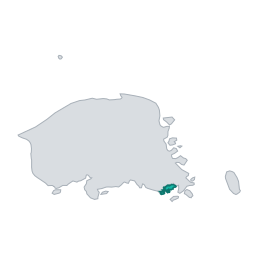 Muan-gun, South Jeolla, South Korea shown in context, rotated 268°
{"feature_id": "91817680B20286966250971", "entity_name": "Muan-gun", "entity_type": "district", "adm_level": 2, "iso_a3": "KOR", "parent_name": "South Korea", "parent_adm1": "South Jeolla", "projection": "equal_earth", "projection_center": [126.385, 34.959], "detail": "fine", "context": "in_parent", "style": "filled", "palette": "teal", "viewbox_px": 256, "rotation_deg": 268, "n_neighbors": 0, "source": "geoboundaries", "source_scale": "gbopen_adm2", "svg_char_len": 5322}
<svg xmlns="http://www.w3.org/2000/svg" viewBox="0 0 256 256"><g transform="rotate(268 128 128)"><path d="M72.2,51.5L73.1,50.8L73.2,49.7L73.2,46.1L75.9,43.6L79.6,38.5L81.5,35.8L83.6,33.2L86.0,31.4L88.4,30.6L92.2,30.3L99.4,30.6L100.8,30.3L105.8,30.0L107.0,30.5L110.7,30.8L114.7,30.5L116.8,29.7L118.6,28.4L120.3,26.1L121.9,21.9L123.7,18.5L124.8,17.9L132.3,35.7L139.5,47.3L145.7,55.7L154.5,71.9L157.1,80.6L157.5,85.9L159.0,93.3L157.8,97.6L158.3,104.3L157.8,107.8L156.7,110.3L156.8,115.2L157.1,117.8L157.2,121.3L157.9,122.6L158.9,123.1L160.5,121.9L162.4,121.3L162.1,125.5L159.9,136.1L158.0,143.8L155.3,150.5L151.8,156.7L147.6,159.1L144.7,160.0L139.0,160.3L134.2,159.2L130.2,160.0L128.6,161.3L127.4,163.5L128.3,166.9L128.2,169.4L126.5,169.2L123.0,167.8L119.2,167.6L117.4,166.8L115.6,163.2L113.7,163.4L110.6,165.5L105.7,166.0L104.0,167.1L103.4,168.6L104.1,170.5L106.6,173.0L105.8,175.5L103.2,176.8L101.1,173.7L99.8,170.7L98.4,170.5L96.1,171.4L95.7,174.6L96.7,176.9L98.5,179.5L96.1,182.4L95.4,184.6L93.7,186.1L89.0,182.7L89.7,180.3L91.7,178.0L92.0,175.6L91.3,174.1L84.6,180.2L80.5,187.1L78.3,186.6L77.4,184.8L76.1,184.1L71.6,188.6L70.8,192.1L69.2,192.2L68.5,190.7L68.4,187.5L67.7,184.8L63.0,180.9L60.9,177.5L62.1,175.6L65.9,176.6L69.0,176.5L68.4,174.9L67.4,174.1L69.4,173.2L71.1,171.3L69.7,170.8L67.5,171.9L65.8,171.3L65.1,166.9L62.9,162.3L61.8,157.8L63.9,155.3L65.0,151.3L67.0,145.5L68.0,143.7L70.7,142.3L71.7,140.8L70.2,140.1L67.8,139.4L67.8,137.7L69.5,136.8L71.3,135.0L74.9,132.8L76.0,128.6L74.9,127.5L72.7,126.5L73.2,124.4L74.1,122.8L73.8,121.8L71.2,119.1L69.4,116.6L69.9,113.8L69.5,109.6L69.8,106.0L69.7,104.0L68.4,99.7L67.8,95.3L66.1,95.9L64.8,97.0L59.9,95.5L58.4,95.4L57.8,92.1L59.5,88.1L63.6,84.6L66.0,84.2L67.8,82.6L70.5,82.1L73.9,84.5L76.8,85.0L78.5,89.1L79.5,90.0L79.7,88.5L82.1,86.7L82.7,85.4L82.2,84.6L79.4,83.9L76.9,78.8L76.6,76.6L75.7,75.1L77.0,71.1L74.1,66.4L72.7,64.9L72.9,60.8L71.4,58.1L70.6,56.7L70.1,54.1L70.5,53.0L71.8,52.6L72.2,51.5ZM62.9,237.2L61.5,238.1L60.2,237.5L59.8,237.1L58.2,234.7L57.8,233.5L58.9,231.2L63.2,227.4L74.3,223.7L76.3,223.6L80.7,225.1L81.6,228.1L80.8,230.6L79.8,232.3L74.7,235.2L70.8,236.6L62.9,237.2ZM137.4,172.4L134.5,174.9L130.6,171.5L129.6,169.6L132.6,166.9L135.1,163.8L136.7,163.6L137.4,172.4ZM116.6,172.1L116.2,176.1L114.1,176.3L112.7,173.7L111.4,174.9L110.6,175.0L109.5,171.8L109.3,169.3L111.9,167.4L113.4,168.5L115.7,169.1L116.6,172.1ZM60.0,189.9L58.0,190.5L56.9,189.1L56.1,188.8L56.5,186.9L59.8,183.3L60.4,182.0L63.4,182.8L64.5,184.7L63.1,187.6L60.0,189.9ZM68.8,53.3L68.6,58.6L67.0,58.4L65.8,57.9L65.3,56.8L64.2,51.9L65.5,49.9L68.0,51.5L68.8,53.3ZM58.1,175.1L57.7,176.1L56.3,175.8L55.0,173.0L54.4,170.8L53.0,169.5L55.2,167.6L58.0,171.1L58.1,175.1ZM65.7,103.4L65.2,106.0L63.2,104.3L62.6,98.6L64.7,100.2L65.7,103.4ZM202.5,63.7L201.1,64.9L199.5,63.7L199.2,62.4L200.1,61.3L202.0,60.7L203.0,61.6L202.5,63.7ZM76.0,191.0L76.6,193.0L74.1,192.6L72.7,190.7L72.9,189.1L74.4,188.9L76.0,191.0ZM108.4,179.9L108.0,181.2L106.4,179.2L108.0,177.1L108.4,179.9Z" fill="#d9dde1" stroke="#a8b0b8" stroke-width="1"/><path d="M69.5,165.4L69.2,165.1L69.1,164.9L68.9,164.9L68.3,164.8L68.2,164.4L68.3,164.1L68.2,163.4L67.9,163.4L67.5,163.4L67.4,163.0L67.4,162.6L67.4,162.2L67.7,161.8L67.6,161.5L67.4,161.4L66.8,161.4L66.4,161.8L66.0,162.1L65.9,162.3L65.9,162.7L65.9,163.0L65.7,163.1L65.3,163.0L65.1,162.5L65.0,162.2L65.3,161.8L65.3,161.4L65.0,161.0L64.8,161.5L64.7,161.3L64.8,161.0L64.8,160.6L64.5,161.0L64.5,161.3L64.3,161.5L64.1,161.4L64.1,161.0L63.7,161.0L63.4,160.6L63.6,160.3L63.3,160.4L63.1,160.1L63.1,159.9L63.1,159.6L63.2,159.1L63.4,158.4L63.4,157.7L63.2,158.0L62.9,158.0L63.1,158.3L62.8,158.7L62.6,158.9L62.4,158.8L62.3,158.6L62.2,158.4L61.9,158.6L61.7,158.7L61.4,158.2L61.1,158.2L60.9,158.3L60.9,158.7L60.5,159.0L60.4,159.3L60.7,159.8L60.8,159.9L60.7,160.2L60.6,160.5L60.7,160.9L60.9,161.1L61.0,161.4L61.0,161.7L61.2,162.0L61.4,161.8L61.7,161.6L61.9,161.9L61.9,162.0L62.1,162.2L62.5,161.9L62.1,161.7L62.3,161.5L62.6,161.3L62.4,161.0L62.6,160.7L62.8,160.5L63.1,160.5L63.3,160.9L63.4,161.2L63.3,161.4L63.2,161.5L63.3,161.7L63.5,161.8L63.5,162.1L63.7,162.6L63.8,162.5L64.3,162.2L64.5,162.2L64.9,162.9L64.9,163.1L64.6,163.2L64.4,163.5L64.1,163.7L63.3,164.2L63.6,164.4L63.8,164.4L63.8,164.7L63.7,164.9L63.5,165.0L63.3,165.2L63.1,165.4L62.9,165.5L62.7,165.2L62.7,164.9L62.5,164.7L62.4,164.8L62.2,165.1L61.9,165.4L62.2,165.9L62.3,166.2L62.7,166.3L62.7,166.6L62.3,166.8L62.3,167.0L62.6,167.0L62.8,167.0L62.9,167.5L63.3,167.5L63.7,167.4L63.9,167.3L64.2,167.3L64.1,167.0L64.2,166.8L64.0,166.5L64.3,166.2L64.1,165.8L63.9,165.6L63.9,165.4L64.1,165.2L64.2,164.7L64.2,164.4L64.3,164.2L64.4,164.3L64.3,164.5L64.5,164.7L64.5,164.9L64.5,165.1L64.6,165.4L64.8,165.4L64.9,165.5L64.9,165.8L64.8,166.0L64.8,166.3L64.8,166.5L64.9,166.8L65.1,166.8L64.9,167.0L64.9,167.4L65.1,167.5L65.3,167.8L65.2,168.0L64.9,168.4L64.8,168.6L64.8,169.0L65.0,169.0L65.0,169.4L65.2,169.6L65.3,169.8L65.4,170.1L65.4,170.6L65.6,170.5L66.0,170.7L66.5,170.9L66.5,171.2L66.7,171.4L67.0,171.5L67.3,171.9L67.2,172.3L67.2,172.7L67.2,173.0L67.3,173.0L67.6,173.3L67.9,173.9L68.6,173.7L68.9,173.1L69.2,172.5L69.3,172.2L69.6,171.9L69.8,171.4L69.8,170.6L70.1,169.6L70.0,169.1L69.4,168.8L69.1,168.3L68.8,167.5L69.3,167.7L69.5,167.4L69.6,167.0L69.3,166.8L69.3,166.4L69.5,165.7L69.5,165.4Z" fill="#14b8a6" stroke="#0f766e" stroke-width="1.5"/></g></svg>